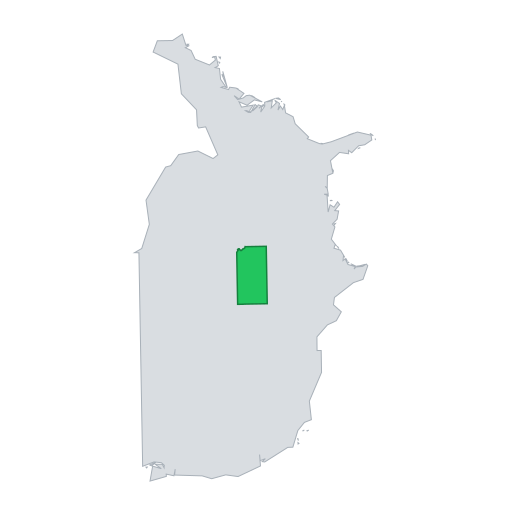 Kansas on a map of United States of America (Mercator projection), rotated 269°
{"feature_id": "USA-3530", "entity_name": "Kansas", "entity_type": "State", "adm_level": 1, "iso_a3": "USA", "parent_name": "United States of America", "parent_adm1": "", "projection": "mercator", "projection_center": [-97.125, 38.5], "detail": "fine", "context": "in_parent", "style": "filled", "palette": "green", "viewbox_px": 512, "rotation_deg": 269, "n_neighbors": 0, "source": "natural_earth", "source_scale": "10m", "svg_char_len": 5907}
<svg xmlns="http://www.w3.org/2000/svg" viewBox="0 0 512 512"><g transform="rotate(269 256 256)"><path d="M419.5,184.2L449.2,181.3L461.7,156.7L472.9,161.1L472.9,176.3L479.2,186.2L467.9,189.6L467.2,192.3L465.5,189.0L462.6,194.7L453.8,198.6L447.8,212.8L452.6,218.8L455.9,218.1L455.1,215.5L456.1,216.7L456.3,219.6L446.9,221.6L445.1,218.4L444.1,222.7L433.3,223.7L425.1,229.1L426.0,226.0L425.2,224.0L422.9,231.4L425.2,232.7L424.3,238.9L418.8,246.8L413.2,241.9L416.7,236.9L412.7,240.4L414.2,245.9L416.5,249.0L416.9,252.5L410.0,264.9L412.1,257.1L406.9,249.7L410.5,241.7L405.1,244.1L406.9,255.8L401.8,252.3L400.0,252.7L401.6,249.0L401.5,247.9L399.7,250.8L399.6,253.2L407.5,257.7L405.7,259.8L402.2,255.7L400.9,255.0L405.2,259.9L407.1,260.9L406.0,263.8L403.6,261.5L407.3,265.9L406.4,266.5L404.6,264.3L399.8,263.2L405.7,267.4L409.5,267.3L413.1,277.8L409.9,269.7L410.9,275.0L403.8,273.8L408.8,279.0L411.4,277.5L408.1,282.2L401.5,280.5L405.5,283.0L402.0,285.3L406.1,287.0L398.6,288.1L394.6,295.5L387.5,297.5L374.1,310.7L372.4,309.3L367.3,321.3L366.8,324.2L368.9,333.2L378.2,359.5L374.8,373.1L370.0,373.8L365.3,366.6L364.4,360.5L357.6,353.5L360.0,350.3L356.6,350.4L358.1,341.3L350.0,332.1L337.4,334.3L335.2,328.8L322.9,328.4L324.4,326.3L322.3,328.4L316.6,329.3L316.6,325.2L315.6,328.1L298.7,328.9L305.9,331.0L303.4,334.8L308.8,338.5L306.1,340.5L300.0,335.5L299.6,339.4L291.3,337.7L286.6,332.9L283.7,335.4L271.5,331.6L264.4,336.9L266.2,335.4L262.4,334.1L260.4,340.6L253.0,344.8L254.7,343.5L249.9,342.9L251.6,345.1L245.9,347.8L243.7,355.0L241.2,353.8L243.3,355.7L243.7,362.3L246.0,366.2L244.3,367.6L230.8,362.6L227.7,353.0L213.2,333.7L205.8,332.6L198.7,340.3L189.9,335.2L185.9,326.2L174.1,315.5L160.4,315.4L160.4,319.5L138.5,319.5L110.0,306.8L91.4,308.5L88.8,301.5L80.8,294.8L64.2,289.5L64.1,284.4L49.9,261.1L50.3,258.6L53.2,261.8L51.3,256.6L57.4,256.1L46.0,256.8L35.8,234.2L37.7,221.9L34.1,207.8L37.1,198.4L38.4,170.8L44.3,171.5L37.7,170.1L39.5,162.4L37.2,162.5L32.8,146.1L47.7,149.0L45.0,157.6L49.6,151.5L49.3,158.7L45.8,160.4L48.3,160.7L51.0,157.8L51.9,150.4L47.7,139.0L261.3,139.0L261.4,134.5L265.5,141.9L289.5,149.9L313.8,147.0L346.5,167.2L347.8,172.3L358.8,180.5L362.0,199.7L354.2,214.8L357.8,219.6L386.0,207.9L385.0,200.8L387.5,199.6L403.2,199.1L419.5,184.2ZM436.5,226.7L441.2,226.0L424.7,230.3L438.3,225.0L436.5,226.7ZM48.9,146.1L50.9,150.7L50.8,151.4L48.0,147.9L48.9,146.1ZM245.8,365.1L244.0,359.4L244.1,356.1L244.4,359.5L245.8,365.1ZM469.0,190.2L468.9,192.4L468.2,191.9L469.0,190.2ZM286.7,334.6L287.1,336.0L285.7,334.9L286.7,334.6ZM70.7,295.2L72.6,294.4L72.7,294.7L70.7,295.2ZM68.7,294.7L67.9,295.7L67.3,294.8L68.7,294.7ZM451.1,221.9L449.8,223.2L449.5,222.9L451.1,221.9ZM245.2,353.1L244.1,355.7L246.6,350.6L245.2,353.1ZM375.5,350.9L377.2,356.0L375.2,350.4L375.5,350.9ZM80.4,299.8L81.2,301.3L80.3,299.9L80.4,299.8ZM375.6,373.8L374.1,375.4L376.6,372.0L375.6,373.8ZM413.6,281.3L411.9,283.4L413.3,278.2L413.6,281.3ZM46.8,142.3L46.9,143.6L46.0,143.0L46.8,142.3ZM251.6,346.1L249.0,347.3L251.7,345.7L251.6,346.1ZM455.6,222.5L455.5,224.0L454.1,223.7L455.6,222.5ZM80.4,303.9L81.0,305.7L80.1,304.1L80.4,303.9ZM248.3,348.3L247.3,349.0L248.2,347.9L248.3,348.3ZM416.2,254.9L414.3,257.9L416.5,253.7L416.2,254.9ZM263.6,338.1L261.9,339.1L264.4,337.3L263.6,338.1ZM367.6,322.7L367.2,324.9L367.1,323.4L367.6,322.7ZM406.7,287.4L406.1,287.8L407.9,286.1L406.7,287.4ZM341.9,333.8L339.8,334.9L339.0,334.7L341.9,333.8ZM315.8,329.0L315.5,329.3L314.2,329.3L315.8,329.0ZM362.2,360.7L362.4,362.2L361.8,360.4L362.2,360.7ZM310.4,332.0L310.1,333.4L310.0,330.9L310.4,332.0ZM370.9,377.3L369.8,377.5L371.4,377.1L370.9,377.3ZM423.9,240.0L423.0,241.5L424.1,239.3L423.9,240.0ZM410.5,283.9L409.8,284.4L409.6,284.4L410.5,283.9Z" fill="#d9dde1" stroke="#a8b0b8" stroke-width="1"/><path d="M208.1,266.4L208.1,265.5L208.1,264.6L208.1,263.7L208.1,262.8L208.1,261.9L208.1,260.9L208.1,260.0L208.1,259.1L208.1,258.2L208.1,257.3L208.1,256.4L208.1,255.4L208.1,254.5L208.1,253.6L208.1,252.7L208.1,251.7L208.1,250.8L208.1,249.9L208.1,249.0L208.1,248.0L208.1,247.1L208.1,246.2L208.1,245.2L208.1,244.3L208.1,243.4L208.0,242.4L208.0,241.5L208.0,240.5L208.0,239.6L208.0,238.7L208.0,237.7L208.0,236.8L209.9,236.8L211.5,236.8L213.1,236.8L214.7,236.8L216.3,236.8L218.0,236.8L219.6,236.8L221.2,236.8L222.8,236.8L224.4,236.8L226.1,236.8L227.7,236.8L229.3,236.8L230.9,236.8L232.6,236.8L234.2,236.8L235.8,236.8L237.4,236.8L239.0,236.8L240.7,236.8L242.3,236.8L243.9,236.8L245.5,236.8L247.1,236.8L248.8,236.8L250.4,236.8L252.0,236.8L253.6,236.8L255.2,236.8L256.9,236.8L258.5,236.8L260.1,236.8L260.5,237.2L260.6,237.3L260.8,237.4L261.0,237.5L261.3,237.7L261.4,237.8L261.5,237.8L261.7,238.1L261.9,238.2L262.0,238.1L262.4,237.8L262.5,237.7L262.9,237.7L263.0,237.8L263.0,238.0L262.9,238.1L263.1,238.3L263.4,238.5L263.5,238.6L263.4,238.9L263.4,239.0L263.5,239.2L263.5,239.4L263.4,239.5L263.2,239.5L262.9,239.4L262.8,239.5L262.7,239.6L262.7,239.8L262.5,240.0L262.3,240.2L262.1,240.4L262.1,240.6L262.1,240.8L262.1,241.0L261.8,241.1L261.7,241.1L261.7,241.3L261.8,241.5L262.1,241.7L262.1,241.8L262.3,242.1L262.4,242.3L262.6,242.4L262.9,242.6L263.0,242.8L263.3,242.9L263.3,243.1L263.3,243.5L263.5,243.9L263.8,244.1L263.8,244.4L263.9,244.6L264.0,244.7L264.2,244.8L264.5,245.0L264.9,245.1L265.1,245.1L265.4,245.2L265.6,245.3L265.5,245.5L265.5,246.4L265.5,247.6L265.5,248.9L265.5,250.2L265.5,251.4L265.5,252.7L265.5,253.9L265.5,255.2L265.5,256.5L265.5,257.7L265.5,259.0L265.5,260.2L265.5,261.5L265.5,262.7L265.5,263.9L265.5,265.2L265.5,266.4L263.7,266.4L261.9,266.4L260.2,266.4L258.4,266.4L256.6,266.4L254.8,266.4L253.0,266.4L251.2,266.4L249.4,266.4L247.6,266.4L245.9,266.4L244.1,266.4L242.3,266.4L240.5,266.4L238.7,266.4L236.9,266.4L235.1,266.4L233.3,266.4L231.6,266.4L229.8,266.4L228.0,266.4L226.2,266.4L224.4,266.4L222.6,266.4L220.8,266.4L219.1,266.4L217.3,266.4L215.5,266.4L213.7,266.4L211.9,266.4L210.1,266.4L208.1,266.4Z" fill="#22c55e" stroke="#15803d" stroke-width="1.5"/></g></svg>